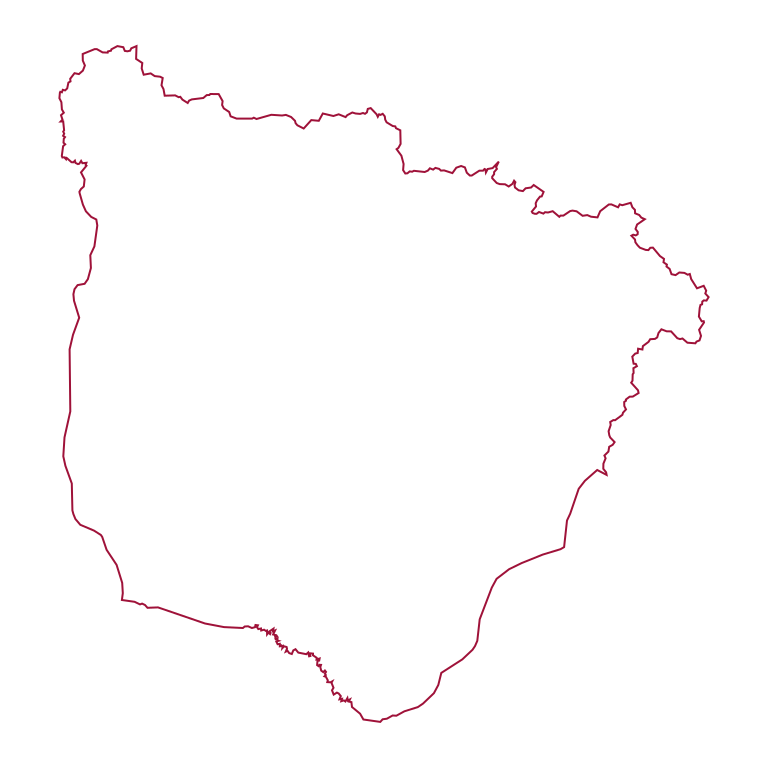 outline of Xaychamphone, Bolikhamxai, Laos
{"feature_id": "54806243B24736520064001", "entity_name": "Xaychamphone", "entity_type": "district", "adm_level": 2, "iso_a3": "LAO", "parent_name": "Laos", "parent_adm1": "Bolikhamxai", "projection": "orthographic", "projection_center": [104.92, 18.569], "detail": "fine", "context": "isolated", "style": "outline", "palette": "rose", "viewbox_px": 768, "rotation_deg": 0, "n_neighbors": 0, "source": "geoboundaries", "source_scale": "gbopen_adm2", "svg_char_len": 5992}
<svg xmlns="http://www.w3.org/2000/svg" viewBox="0 0 768 768"><path d="M606.6,474.9L606.1,472.3L603.3,468.8L603.4,463.7L605.6,458.3L604.4,455.5L608.4,451.6L609.2,446.8L612.7,444.8L614.6,442.1L610.2,437.5L609.3,435.3L608.6,431.2L610.7,425.0L610.2,422.0L613.3,420.1L615.1,420.2L622.4,414.8L623.0,412.7L626.0,409.4L624.3,406.0L624.2,402.0L626.0,400.7L625.9,399.5L629.6,396.7L632.8,396.6L638.6,393.0L638.0,390.3L631.2,382.7L632.5,380.7L632.7,374.3L633.6,373.0L633.4,368.2L636.9,366.2L635.8,363.9L633.6,363.7L632.3,356.6L635.2,353.6L637.7,353.0L638.1,348.7L642.4,349.5L642.9,346.1L648.5,341.9L650.2,339.2L655.0,338.9L657.2,337.4L658.5,333.0L661.4,329.3L666.6,331.3L671.1,331.4L677.3,338.2L680.0,339.1L682.5,338.5L687.4,342.7L695.4,343.3L696.5,341.6L699.5,340.4L701.0,335.9L699.1,329.8L704.0,322.5L703.7,321.2L701.7,321.3L698.9,316.6L699.7,308.0L700.5,304.9L702.1,304.3L702.3,301.6L703.8,300.4L706.5,300.6L708.6,297.1L705.3,293.5L706.2,290.7L703.7,285.8L697.0,288.3L691.2,279.1L689.8,274.0L687.7,274.7L684.4,272.9L679.3,272.5L675.6,275.1L671.5,274.2L669.6,268.9L666.5,266.5L666.9,264.6L663.5,262.3L664.0,258.9L660.0,256.1L652.9,247.6L650.3,247.8L648.4,250.1L645.7,249.9L639.9,247.7L637.6,245.3L635.4,242.3L635.0,239.5L631.4,235.7L633.2,234.7L635.8,235.4L637.6,234.3L637.8,232.0L635.5,228.9L637.1,224.5L644.8,219.2L641.3,217.6L639.2,215.0L635.1,213.3L634.9,209.8L632.4,207.3L630.7,202.8L622.3,205.2L619.7,204.4L618.1,207.3L611.4,204.4L608.8,204.5L600.2,211.2L597.5,217.4L591.0,216.7L587.3,215.1L582.6,215.8L576.6,211.3L572.5,210.6L570.1,211.1L563.4,215.6L560.5,215.6L559.3,216.8L552.7,211.2L548.0,212.5L545.0,212.2L543.4,213.6L539.0,212.0L536.6,213.8L534.9,213.8L532.6,213.0L531.8,211.6L536.0,206.5L535.7,203.2L537.0,200.4L540.0,196.6L541.7,196.4L543.6,191.9L533.7,185.0L531.1,187.5L525.6,188.3L522.9,191.1L518.6,190.3L515.0,187.5L514.5,185.0L515.4,182.2L514.1,180.7L512.5,183.8L508.7,186.5L505.1,184.3L499.7,184.1L496.7,183.0L492.2,178.2L492.2,176.7L494.1,174.2L494.1,172.1L496.9,168.9L496.1,167.1L498.8,161.6L492.6,168.1L487.7,169.0L485.9,172.5L485.4,169.4L484.5,169.0L483.0,170.7L479.3,170.7L471.8,175.5L469.8,175.5L466.8,172.7L464.9,167.4L461.1,166.0L456.3,167.7L452.4,173.1L444.1,170.4L440.9,170.6L439.2,168.9L435.4,167.9L433.1,169.6L429.9,168.3L427.9,170.6L424.7,172.0L413.9,170.8L412.2,171.7L409.7,171.4L407.4,173.3L405.3,173.5L403.1,170.1L403.6,164.0L401.4,155.7L396.6,149.2L398.4,147.9L400.6,143.9L400.3,130.3L396.0,128.2L395.3,126.4L392.7,126.0L386.6,122.3L385.2,119.6L384.8,116.4L382.7,113.8L380.5,114.9L379.1,114.3L377.8,116.8L376.6,114.3L370.7,108.1L367.8,108.9L366.9,112.4L365.0,113.8L363.0,113.0L360.1,113.9L355.6,113.5L352.3,112.5L347.2,115.2L345.6,117.1L338.7,114.3L333.4,116.0L322.8,113.5L318.8,120.8L311.3,120.1L303.7,128.5L297.4,125.3L295.6,123.2L295.0,120.8L291.1,117.0L285.9,114.9L282.1,115.5L271.3,114.8L256.5,119.0L253.8,117.7L252.1,118.6L236.6,118.6L230.6,116.3L229.2,112.0L223.8,108.4L222.1,105.0L222.6,101.1L218.7,94.1L210.3,94.0L209.4,95.0L206.7,95.1L203.3,98.0L191.8,99.4L189.1,100.6L187.7,103.0L182.4,99.6L180.3,96.8L178.7,97.2L175.2,95.4L164.7,95.7L163.5,89.1L161.5,85.3L162.7,78.0L160.1,76.7L154.7,76.1L150.7,73.4L143.7,74.7L141.7,68.4L142.3,63.0L136.1,58.9L136.5,46.1L131.3,48.3L130.1,50.7L127.4,51.3L124.8,50.9L123.3,47.2L117.4,46.1L111.4,49.3L111.0,50.7L108.0,51.4L107.7,52.6L102.6,52.4L96.8,49.1L94.7,49.1L82.7,54.0L82.8,60.6L84.9,65.5L82.9,70.6L78.9,74.1L74.5,73.2L70.2,78.8L70.5,81.4L68.4,82.6L67.2,88.4L65.1,90.4L62.8,89.8L61.9,92.3L60.3,91.8L59.9,92.6L59.4,98.2L61.4,102.2L61.9,109.4L63.8,112.7L61.0,115.2L62.5,119.6L60.7,121.5L63.2,121.4L64.1,130.3L63.2,131.6L64.2,133.7L63.1,135.8L65.0,137.1L63.8,138.7L63.5,142.7L65.2,144.3L63.1,146.2L61.8,156.0L62.4,157.5L64.2,157.3L66.0,159.2L66.3,157.8L66.9,158.1L71.5,162.2L73.3,162.3L74.9,160.7L75.5,162.9L77.9,164.1L79.3,163.7L81.1,160.9L82.4,163.2L86.4,162.8L85.6,164.9L86.5,165.7L81.0,172.4L84.6,179.4L83.8,186.5L80.9,189.1L79.4,191.8L79.7,193.4L82.9,204.6L85.9,211.3L91.2,216.9L96.3,219.5L97.3,225.5L94.4,246.4L90.3,255.2L90.9,268.0L87.9,279.1L84.6,283.8L77.6,285.1L74.5,289.2L73.4,294.2L74.0,300.7L79.2,317.7L73.0,334.8L69.6,349.3L70.3,411.4L64.5,437.4L63.3,456.3L65.4,465.8L71.8,483.5L72.4,510.4L73.4,514.1L75.4,519.0L80.3,524.8L94.0,530.6L100.9,535.0L102.2,536.9L106.6,549.8L116.6,564.9L122.2,582.9L122.8,593.2L121.9,600.0L134.6,601.8L140.0,604.4L142.1,603.6L145.0,605.0L147.5,607.8L158.0,607.4L205.0,623.5L224.0,627.1L242.9,628.0L244.7,626.5L248.1,626.3L251.9,628.0L255.0,627.2L255.5,625.0L257.9,625.3L257.0,627.2L258.3,629.1L261.0,628.5L261.2,630.5L264.1,629.7L265.8,630.9L267.0,630.5L267.1,634.3L268.4,632.6L270.1,634.1L270.5,633.2L269.4,631.4L273.4,628.7L272.9,631.3L275.1,630.4L273.1,634.5L276.3,635.2L277.1,636.4L275.2,636.6L275.7,638.6L274.8,639.3L277.5,638.5L277.3,640.4L278.5,640.8L276.3,641.5L277.6,644.2L279.8,643.8L279.8,646.3L281.0,646.1L280.6,644.6L281.7,646.1L282.8,645.8L282.4,648.1L284.1,646.3L286.6,647.0L287.0,648.7L285.8,651.6L287.5,650.8L289.2,653.1L291.8,654.0L293.3,650.4L295.5,649.2L298.3,652.6L306.3,654.2L308.2,652.5L309.1,656.3L310.4,656.0L309.9,653.3L313.0,653.6L313.0,655.3L316.7,657.8L316.5,659.5L319.6,658.5L319.2,660.6L317.5,660.9L317.1,665.1L318.5,666.1L319.4,664.8L321.0,664.9L320.3,667.1L321.2,670.6L323.2,672.1L324.9,670.5L326.0,671.9L324.9,673.7L325.8,675.0L324.5,676.3L325.9,676.8L327.8,680.3L327.3,682.1L330.6,682.3L332.2,681.4L331.5,682.8L333.5,687.8L332.0,690.3L333.7,694.6L336.9,692.6L338.7,693.5L340.8,696.1L339.5,699.3L342.0,698.8L341.3,701.2L343.9,700.4L345.4,701.5L347.4,698.1L347.8,700.5L349.9,699.4L348.9,701.6L351.4,702.1L352.0,707.0L360.1,713.7L363.4,719.5L380.3,721.9L382.6,719.3L386.9,718.7L392.6,715.5L396.4,715.7L404.4,711.3L417.8,707.1L423.0,703.6L433.9,693.2L438.3,685.0L441.3,672.9L462.3,659.4L472.5,649.8L475.0,646.1L477.3,640.8L479.7,619.3L491.8,587.6L496.6,578.8L509.1,569.2L521.8,563.0L542.7,554.6L560.5,549.2L564.1,547.1L567.0,520.5L570.2,513.7L578.7,488.8L584.9,480.8L597.2,470.0L606.6,474.9Z" fill="none" stroke="#9f1239" stroke-width="2"/></svg>